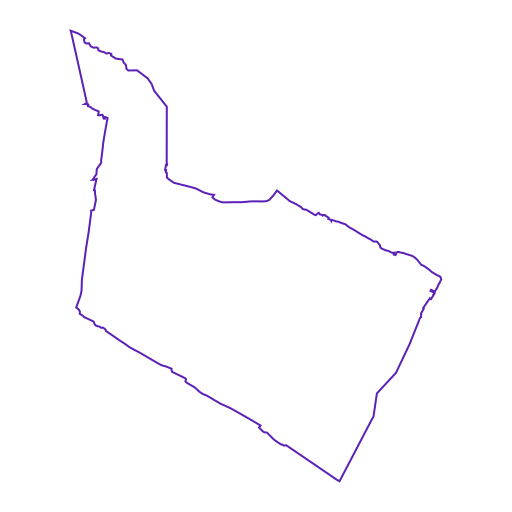 the district of San Pedro Garza García, Nuevo León, Mexico
{"feature_id": "50627088B79821561160297", "entity_name": "San Pedro Garza García", "entity_type": "district", "adm_level": 2, "iso_a3": "MEX", "parent_name": "Mexico", "parent_adm1": "Nuevo León", "projection": "albers", "projection_center": [-100.375, 25.653], "detail": "fine", "context": "isolated", "style": "outline", "palette": "violet", "viewbox_px": 512, "rotation_deg": 0, "n_neighbors": 0, "source": "geoboundaries", "source_scale": "gbopen_adm2", "svg_char_len": 5606}
<svg xmlns="http://www.w3.org/2000/svg" viewBox="0 0 512 512"><path d="M339.5,481.3L371.5,420.1L373.5,416.6L376.9,393.4L396.0,372.8L396.1,372.6L409.7,343.9L419.8,318.5L420.1,317.9L420.8,317.2L421.1,317.1L421.1,315.2L421.2,314.4L421.0,314.1L420.9,313.8L421.6,312.5L422.4,311.0L423.6,309.0L423.8,308.4L423.2,308.0L424.6,305.9L428.8,299.8L429.5,298.9L429.9,298.3L430.9,299.1L431.0,298.9L432.1,297.4L432.9,296.1L433.1,295.2L433.6,294.4L433.9,294.5L434.7,293.0L430.5,290.8L431.1,289.8L432.4,290.5L434.6,291.5L435.4,290.6L436.0,289.6L436.5,288.7L436.8,288.6L437.6,286.7L437.9,286.0L438.1,285.6L438.4,284.7L438.9,283.8L439.3,283.6L441.3,279.1L440.2,276.6L439.9,276.4L437.5,275.4L435.1,274.0L431.8,272.0L430.3,270.6L429.2,269.7L428.7,269.3L424.2,266.1L421.3,264.8L420.7,264.1L417.0,259.5L413.7,256.7L412.7,256.2L412.2,255.9L405.5,253.8L404.7,253.5L403.7,253.1L402.7,252.9L401.6,252.8L400.8,252.5L400.5,252.4L400.2,252.4L399.9,252.4L399.7,252.3L399.0,252.0L398.6,252.0L397.5,252.0L397.1,252.2L396.9,252.4L396.8,252.5L395.5,255.1L394.9,254.9L394.7,254.9L394.3,254.7L393.7,254.5L394.0,253.5L394.3,252.7L393.9,252.8L392.7,252.8L392.1,252.7L391.5,252.5L391.4,252.5L391.1,252.4L390.7,252.2L389.8,251.6L389.1,251.2L387.7,250.8L387.3,250.7L386.5,250.5L385.3,250.2L384.1,249.6L383.4,249.3L382.4,248.9L381.5,248.4L380.3,247.5L380.2,247.2L380.2,246.9L380.1,246.2L380.0,245.4L379.7,244.9L379.0,244.1L378.7,243.8L378.1,243.0L377.7,242.5L377.3,241.9L376.3,241.5L375.9,241.4L374.5,241.6L374.0,241.6L373.5,241.5L372.8,241.1L372.5,240.9L372.0,240.4L371.6,240.1L371.0,239.7L368.3,238.3L365.6,236.7L365.2,236.4L364.0,235.9L363.4,235.6L360.0,233.7L356.4,231.4L353.7,229.7L350.1,227.8L349.0,227.1L347.9,226.3L345.8,224.5L344.9,224.1L342.4,223.3L340.1,222.5L338.7,221.8L337.6,221.6L336.3,221.4L334.9,220.9L331.9,219.9L331.7,220.0L331.3,220.2L331.2,220.7L330.9,220.1L330.6,219.9L330.3,219.6L329.4,219.4L328.3,218.9L328.6,218.0L328.7,217.8L325.3,215.6L325.3,215.2L323.6,215.0L323.0,215.3L322.7,215.5L322.5,214.9L320.3,214.5L319.9,214.4L318.7,212.8L317.5,213.6L315.8,215.1L315.4,215.2L314.6,214.8L307.5,210.4L306.2,209.7L304.3,209.5L303.2,209.1L302.3,208.6L301.7,207.8L300.6,206.8L298.7,205.7L295.8,203.9L295.3,203.8L294.5,203.3L289.7,201.1L287.9,199.5L277.4,190.8L277.0,190.5L275.7,192.3L274.5,194.0L273.4,195.5L271.8,197.2L269.1,200.0L267.5,200.8L266.4,201.1L265.3,201.3L262.3,201.4L260.4,201.4L255.1,201.3L251.4,201.4L249.1,201.5L246.5,201.8L244.3,202.0L242.9,202.1L241.2,202.2L235.5,202.2L232.7,202.2L227.5,202.3L227.1,202.3L223.8,202.3L222.4,202.3L220.8,201.9L219.0,201.3L217.4,200.7L214.9,199.5L213.6,198.4L212.4,197.5L212.9,196.5L213.2,196.0L213.9,194.9L213.5,194.9L213.0,194.8L209.1,194.1L207.4,193.5L204.8,192.8L202.6,191.9L199.7,190.4L195.7,188.4L188.0,186.3L184.4,185.4L182.7,185.0L174.0,182.8L173.9,182.8L172.0,181.4L171.3,181.0L170.8,180.7L170.4,180.4L170.1,180.2L169.9,180.0L169.5,179.8L169.2,179.5L168.7,179.2L168.4,178.9L168.0,178.5L167.6,178.2L167.3,177.9L166.9,177.6L166.9,176.8L166.8,173.4L166.8,173.0L166.7,172.7L166.0,172.4L165.9,172.3L165.8,172.1L165.8,171.7L166.1,170.1L165.1,169.9L165.4,168.2L165.5,167.7L165.7,167.0L165.8,166.0L165.9,165.1L166.1,165.1L166.9,165.2L167.0,164.8L166.8,164.8L166.9,164.3L166.7,164.3L166.7,161.9L166.7,160.3L166.7,160.0L166.8,106.7L154.1,90.7L151.6,83.9L147.3,77.9L145.0,76.4L140.6,73.0L137.0,70.3L128.3,70.5L126.4,68.7L126.0,65.1L123.7,62.6L122.5,59.5L115.8,58.6L111.0,55.5L111.3,53.9L108.9,53.0L107.5,53.3L106.5,53.5L103.6,52.0L102.5,51.8L100.3,51.2L98.4,50.3L98.2,48.4L96.5,47.4L93.6,47.7L92.4,47.2L90.6,46.2L90.0,45.0L89.4,44.1L89.0,43.3L86.4,43.5L84.6,42.5L84.2,40.6L84.0,39.2L85.0,38.2L83.4,37.0L78.7,33.7L70.7,30.7L71.9,35.7L82.5,83.1L86.5,101.2L86.8,103.0L85.0,104.0L86.0,104.0L87.2,104.2L87.1,104.3L87.6,104.6L88.2,104.8L87.9,106.1L89.4,106.5L91.1,107.5L91.6,108.1L92.1,108.4L94.3,109.6L96.5,110.5L98.7,111.4L98.7,111.9L98.1,115.1L98.5,115.2L98.8,115.2L99.2,115.3L99.5,115.3L99.8,115.3L100.2,115.1L100.9,114.9L102.5,114.8L102.7,115.3L103.3,117.4L103.7,118.6L104.8,118.7L104.9,117.3L105.0,117.0L106.1,117.3L107.6,118.1L106.9,121.5L106.5,123.6L106.1,125.9L105.7,128.1L105.2,130.9L105.2,131.2L105.0,131.9L104.8,133.0L104.7,133.7L104.7,134.1L104.5,135.2L104.2,136.6L103.4,141.9L103.3,142.1L103.2,143.6L103.1,143.9L103.0,145.4L102.9,146.1L102.8,147.1L102.6,148.8L102.4,150.4L102.2,152.1L101.9,154.5L101.6,157.0L101.4,158.5L101.2,159.2L101.1,160.0L101.1,160.9L101.2,162.6L101.1,162.8L100.2,164.3L99.1,165.7L97.7,167.7L96.8,169.0L96.4,174.3L96.2,174.5L96.0,174.8L95.8,175.2L95.3,175.8L94.5,176.9L93.2,179.0L92.9,179.6L92.5,179.9L93.3,179.9L94.3,179.7L95.5,179.3L96.5,178.9L94.0,190.2L94.5,190.2L94.9,190.3L95.1,194.7L95.4,195.6L95.5,195.8L95.6,198.2L96.0,199.4L95.6,201.6L93.9,209.9L91.2,210.5L91.1,211.2L91.2,213.0L90.7,216.3L90.0,222.0L89.0,229.3L88.5,233.2L86.3,246.6L81.9,279.7L81.7,286.4L81.5,290.9L80.5,295.6L78.9,300.1L76.2,307.5L78.6,309.3L79.3,310.6L79.8,311.2L79.8,311.8L79.8,313.8L82.8,315.7L84.0,317.0L93.5,321.5L93.8,321.9L94.5,323.8L95.1,324.9L95.7,325.3L96.3,325.8L97.7,326.2L98.9,326.5L99.5,326.6L100.1,327.2L101.7,327.9L102.4,327.6L103.0,327.6L105.5,329.5L106.0,331.0L119.6,340.4L125.6,344.3L129.1,346.9L133.4,349.4L139.1,352.3L156.7,362.6L160.9,364.9L163.2,365.8L165.9,366.4L171.5,368.7L171.5,370.1L172.2,371.9L185.5,378.4L186.0,379.3L185.4,381.4L186.4,382.5L195.0,387.6L199.5,391.8L202.6,393.9L207.0,395.7L220.1,403.5L230.8,408.4L249.7,419.1L260.5,425.5L259.0,427.5L262.3,430.9L264.2,432.3L266.4,432.5L267.2,432.8L273.7,439.4L277.6,442.2L281.3,444.6L282.7,444.7L284.0,445.7L286.1,445.2L336.3,479.4L339.5,481.3Z" fill="none" stroke="#5b21b6" stroke-width="2"/></svg>